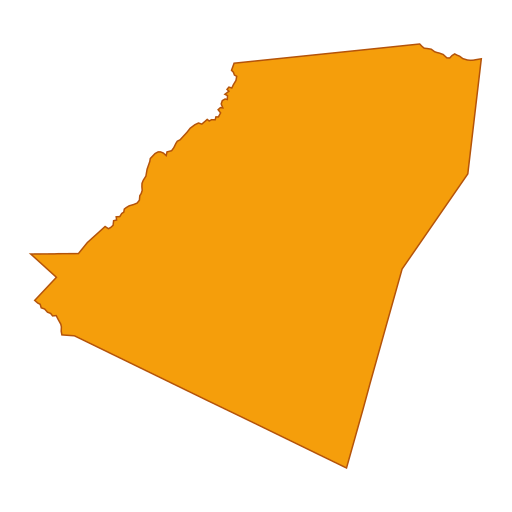 Cristino Castro, Piauí, Brazil (Equal Earth projection)
{"feature_id": "56859067B91593223630343", "entity_name": "Cristino Castro", "entity_type": "district", "adm_level": 2, "iso_a3": "BRA", "parent_name": "Brazil", "parent_adm1": "Piauí", "projection": "equal_earth", "projection_center": [-44.047, -8.801], "detail": "fine", "context": "isolated", "style": "filled", "palette": "amber", "viewbox_px": 512, "rotation_deg": 0, "n_neighbors": 0, "source": "geoboundaries", "source_scale": "gbopen_adm2", "svg_char_len": 1618}
<svg xmlns="http://www.w3.org/2000/svg" viewBox="0 0 512 512"><path d="M231.5,70.3L233.4,72.2L234.4,75.0L236.7,76.3L236.0,80.4L233.5,84.5L231.8,88.0L228.9,87.1L227.0,89.4L228.9,91.2L227.0,92.7L224.9,94.3L227.5,95.6L227.3,99.5L225.1,99.0L222.3,100.6L221.2,103.9L222.8,107.9L220.4,107.6L218.1,109.7L220.6,112.9L218.4,116.9L215.9,116.9L215.2,119.8L211.5,119.7L209.2,121.0L207.2,119.4L205.1,121.3L201.8,124.1L198.5,123.0L194.9,124.7L190.2,128.2L187.0,132.3L182.2,137.5L180.1,139.8L177.3,141.2L175.9,143.4L173.8,147.7L171.6,150.7L167.0,151.9L166.2,155.6L163.3,153.0L160.5,151.9L158.1,151.9L155.1,153.5L150.3,158.5L149.8,161.5L147.1,169.2L145.9,176.1L143.2,180.4L142.0,183.4L141.9,186.7L142.2,190.4L141.2,193.5L139.8,195.7L139.4,200.2L137.1,203.1L133.7,204.5L129.2,205.8L126.2,207.6L124.3,209.1L123.8,212.1L121.7,213.5L119.8,216.6L116.2,216.8L116.6,220.0L113.6,220.7L113.1,225.3L110.8,227.4L108.4,228.7L105.1,226.5L87.4,242.5L78.4,253.6L58.0,253.7L54.3,253.9L52.1,253.9L30.7,254.0L56.4,277.3L34.7,300.4L37.8,303.1L40.2,304.3L41.2,307.8L44.6,309.0L47.5,312.2L50.6,313.4L52.6,315.9L56.2,315.6L58.1,319.3L60.8,324.2L61.4,326.9L61.2,331.2L61.9,334.9L74.4,335.8L111.4,353.8L208.6,401.1L249.1,420.6L317.9,454.1L346.5,468.0L362.9,409.7L368.0,391.0L369.9,383.9L386.6,324.2L402.1,269.0L467.8,173.9L481.3,58.8L475.8,59.7L473.2,60.2L470.3,60.3L467.4,60.0L462.8,58.6L459.6,56.2L456.9,55.1L454.7,53.9L452.1,55.5L449.7,58.0L446.9,57.9L443.2,54.5L439.4,53.1L436.9,52.5L434.6,51.7L431.2,49.2L427.1,48.5L424.2,48.2L422.0,46.4L419.7,44.0L412.9,44.7L366.8,49.5L234.1,63.2L231.5,70.3Z" fill="#f59e0b" stroke="#b45309" stroke-width="1.5"/></svg>